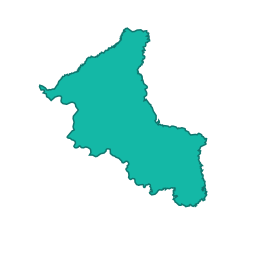 Lizarda, Tocantins, Brazil (Albers equal-area conic projection), rotated 162°
{"feature_id": "56859067B27503487579570", "entity_name": "Lizarda", "entity_type": "district", "adm_level": 2, "iso_a3": "BRA", "parent_name": "Brazil", "parent_adm1": "Tocantins", "projection": "albers", "projection_center": [-46.961, -9.496], "detail": "fine", "context": "isolated", "style": "filled", "palette": "teal", "viewbox_px": 256, "rotation_deg": 162, "n_neighbors": 0, "source": "geoboundaries", "source_scale": "gbopen_adm2", "svg_char_len": 5784}
<svg xmlns="http://www.w3.org/2000/svg" viewBox="0 0 256 256"><g transform="rotate(162 128 128)"><path d="M56.6,93.6L57.2,94.0L58.4,93.8L59.0,96.3L60.2,97.3L60.0,98.3L60.3,99.1L61.8,100.7L62.6,101.1L64.3,100.2L66.0,101.1L70.5,102.0L71.5,104.0L71.6,105.5L74.2,107.9L73.9,109.4L74.2,109.9L76.7,111.6L79.0,111.7L79.7,112.3L80.9,111.9L82.0,114.1L84.5,115.8L86.0,116.3L87.6,115.8L88.6,116.2L89.0,117.1L90.1,117.8L93.6,119.4L94.1,118.9L94.3,120.2L95.8,120.5L96.0,121.2L97.7,121.8L98.2,121.6L98.6,122.2L96.5,123.6L96.2,124.9L96.4,125.6L96.6,125.1L99.4,124.0L99.8,125.0L100.0,126.7L98.7,127.3L97.4,131.2L98.7,136.1L98.7,140.0L99.5,141.7L99.1,142.8L99.3,143.4L100.0,143.8L101.9,149.5L102.7,148.9L104.3,149.0L103.3,150.2L103.0,152.5L100.3,153.4L99.6,154.7L99.3,156.2L99.9,159.3L99.5,159.9L97.9,159.9L97.0,160.9L97.1,161.9L99.3,165.3L99.1,168.9L100.1,169.1L99.6,169.5L98.9,171.4L99.2,172.3L98.6,172.8L99.2,174.9L100.0,174.9L100.1,175.8L101.8,176.7L101.0,177.5L101.5,178.3L100.8,178.7L101.2,180.4L98.1,183.0L97.3,182.9L96.5,183.8L95.1,183.9L95.2,184.6L94.6,185.3L93.4,185.4L93.1,186.3L94.0,187.4L93.3,187.6L92.3,189.0L91.8,188.7L90.7,189.2L90.0,190.7L90.3,191.6L91.1,191.9L91.3,193.3L90.3,195.1L89.6,194.8L89.3,195.3L90.6,196.5L90.4,197.2L89.5,197.3L87.9,196.7L88.5,200.3L86.2,200.3L85.6,201.0L84.9,203.4L84.2,203.7L83.0,203.4L82.6,204.1L80.5,204.2L80.3,205.5L80.6,206.1L81.9,206.5L81.3,207.1L80.3,207.0L79.7,208.7L80.4,208.7L81.8,209.6L80.1,210.0L79.1,211.5L79.2,212.0L80.1,212.2L80.6,213.0L80.2,214.7L83.1,215.2L83.7,214.9L85.4,217.4L89.1,218.3L92.0,217.8L94.3,218.3L97.9,223.2L98.5,222.9L99.2,223.3L100.4,222.9L101.2,222.0L101.8,222.4L102.4,221.3L101.4,220.8L104.2,219.9L104.1,219.3L105.6,218.3L105.3,217.8L106.0,217.7L106.3,217.0L107.0,216.8L106.5,215.8L106.8,215.1L107.6,215.3L107.3,214.0L108.0,213.6L108.3,213.9L109.2,212.8L110.3,212.5L110.8,211.8L113.2,211.1L113.4,211.7L116.3,210.0L116.6,210.4L117.4,209.6L118.4,209.6L118.4,210.2L119.4,209.3L120.4,209.8L121.0,209.3L121.7,209.9L122.0,209.0L122.6,209.0L122.6,208.4L123.8,208.2L125.4,208.7L127.9,206.8L129.8,208.2L130.2,207.5L131.9,207.5L132.0,206.8L132.9,206.3L134.2,206.6L134.3,205.8L134.9,205.4L135.0,206.0L136.6,205.8L136.9,205.3L139.5,206.3L140.8,207.6L141.8,206.6L143.7,207.3L146.0,206.3L146.6,205.1L148.6,204.0L148.6,203.0L149.0,202.7L150.8,202.3L151.7,202.6L151.6,201.4L152.2,201.4L152.5,201.9L153.4,201.7L153.7,202.1L154.6,200.3L155.1,200.8L155.8,200.5L156.0,199.3L156.6,199.9L157.1,199.5L157.0,198.7L157.8,198.6L157.5,197.9L158.6,197.7L158.3,197.2L160.4,197.2L160.9,197.6L163.5,197.0L164.6,197.6L165.1,197.2L166.9,197.5L167.1,196.8L168.7,196.5L169.0,197.7L171.3,197.5L171.8,197.9L172.4,196.9L173.4,196.8L174.3,197.2L175.1,196.0L175.9,196.0L176.2,195.4L179.4,193.7L181.6,190.8L182.1,190.8L185.9,187.8L187.5,188.3L189.7,188.2L191.2,188.9L191.7,188.6L193.4,189.2L194.2,191.6L196.3,194.2L198.6,195.9L199.4,194.6L198.9,190.9L197.1,190.6L196.0,189.8L196.2,188.5L197.8,187.6L195.2,185.7L195.7,182.9L194.0,181.1L192.6,177.9L187.8,180.0L184.5,180.0L183.0,179.6L182.1,179.1L181.7,177.6L183.3,174.5L183.4,173.2L182.3,171.3L179.0,169.5L174.5,170.0L173.1,169.8L171.2,168.4L170.7,166.7L171.0,164.5L169.7,160.6L170.1,160.1L176.3,156.1L177.3,153.8L177.4,150.2L179.8,146.3L180.0,144.8L179.7,143.0L180.1,142.6L181.8,142.6L188.3,138.6L188.7,138.0L188.1,137.0L186.1,136.0L185.1,134.2L183.6,133.2L182.4,131.6L182.7,129.7L185.1,127.4L184.8,126.1L184.3,125.5L182.8,125.0L181.0,125.3L179.8,126.0L179.3,125.8L178.4,123.8L177.7,123.4L176.3,122.9L174.1,123.1L172.1,121.8L170.6,119.9L170.3,118.9L170.9,116.0L173.0,114.2L170.0,113.2L167.7,110.8L166.2,110.6L161.9,112.0L158.4,111.6L156.0,112.9L155.5,114.1L154.9,114.5L153.5,114.5L151.5,113.2L152.6,109.2L151.0,106.5L149.2,105.3L148.6,104.1L146.0,102.0L144.3,98.6L144.2,96.9L143.0,96.2L140.1,97.0L139.0,96.4L138.5,95.6L138.2,94.2L138.8,92.9L140.4,92.4L140.7,90.5L142.2,90.1L142.7,89.2L142.3,87.4L141.2,85.7L141.6,82.8L142.7,80.8L142.2,79.0L141.3,78.2L139.3,78.6L137.5,77.6L137.4,76.8L138.0,74.4L137.3,71.6L135.4,70.2L134.2,70.3L131.3,69.6L130.9,69.1L131.4,67.3L131.2,66.6L130.4,66.3L128.4,68.3L126.8,67.9L125.5,68.3L124.4,67.2L124.6,65.9L125.2,65.6L124.7,64.2L124.8,63.4L125.7,62.1L124.6,61.9L124.7,59.9L126.5,60.5L127.5,59.8L127.4,59.0L126.1,57.1L122.8,56.7L120.7,57.6L118.7,59.1L117.2,59.6L115.0,58.5L113.5,58.7L113.2,59.5L111.2,59.1L111.5,57.8L109.6,58.6L107.2,57.4L105.5,57.8L104.3,57.5L104.0,57.0L102.1,56.6L101.8,56.2L102.2,55.3L102.8,55.4L103.8,54.7L103.3,54.1L104.3,54.2L104.8,52.3L104.5,51.8L106.0,50.5L106.0,50.1L105.4,49.7L105.5,48.8L103.0,48.8L102.4,48.5L102.2,47.9L105.3,46.9L106.0,47.2L107.1,46.1L106.0,45.2L106.0,43.0L105.3,42.4L103.3,38.8L101.7,38.2L100.9,38.3L100.4,39.0L97.9,36.5L97.4,35.4L93.6,35.0L93.5,35.7L92.5,36.1L92.0,35.8L91.8,34.8L90.2,33.3L88.6,33.8L88.0,33.5L88.1,32.7L87.6,32.8L87.3,33.6L86.7,33.6L87.1,34.6L84.3,34.8L83.9,35.6L82.2,36.0L81.7,37.1L80.9,37.0L79.6,37.8L79.0,35.7L77.1,36.0L77.4,37.4L76.9,37.4L76.8,38.0L73.9,40.1L74.3,40.7L74.0,41.2L74.9,41.9L74.1,42.7L73.6,42.3L73.2,42.5L72.8,43.3L73.9,44.0L74.0,44.6L73.2,45.5L73.2,47.2L74.2,47.9L75.9,45.2L76.4,45.4L76.5,46.9L75.1,47.6L75.5,48.2L73.9,48.6L73.6,49.0L72.7,48.8L72.4,49.2L72.2,51.7L71.3,53.5L72.3,54.6L71.9,55.4L72.0,56.4L72.9,56.9L72.2,57.6L71.2,59.9L71.5,60.9L72.1,60.8L71.9,64.2L70.9,64.0L70.1,64.8L71.3,65.1L70.9,66.8L71.5,67.6L70.5,68.5L70.9,69.2L70.0,69.5L68.9,69.3L69.7,71.1L70.7,71.9L70.0,72.6L70.5,73.6L70.7,76.3L69.9,76.9L69.3,78.9L70.1,79.8L67.4,81.3L66.9,81.8L67.1,82.4L66.0,83.8L66.4,84.2L67.7,84.3L68.1,84.9L66.5,85.5L64.6,87.8L59.0,88.5L58.7,89.4L59.4,90.3L57.8,91.4L56.6,93.6ZM116.3,210.0L116.0,209.6L116.3,209.0L116.9,209.5L116.3,210.0ZM116.0,209.6L115.2,209.5L115.7,209.2L116.0,209.6ZM111.8,211.6L111.9,212.1L112.7,211.8L111.8,211.6Z" fill="#14b8a6" stroke="#0f766e" stroke-width="1.5"/></g></svg>